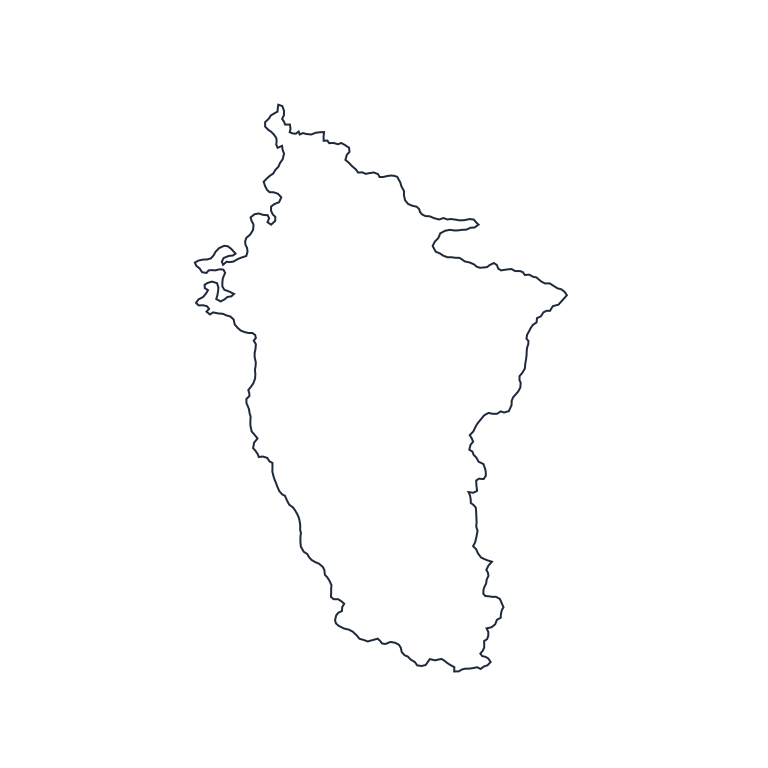 the district of Bom Retiro, Santa Catarina, Brazil, rotated 48°
{"feature_id": "56859067B90842299420584", "entity_name": "Bom Retiro", "entity_type": "district", "adm_level": 2, "iso_a3": "BRA", "parent_name": "Brazil", "parent_adm1": "Santa Catarina", "projection": "mercator", "projection_center": [-49.588, -27.777], "detail": "fine", "context": "isolated", "style": "outline", "palette": "slate", "viewbox_px": 768, "rotation_deg": 48, "n_neighbors": 0, "source": "geoboundaries", "source_scale": "gbopen_adm2", "svg_char_len": 6165}
<svg xmlns="http://www.w3.org/2000/svg" viewBox="0 0 768 768"><g transform="rotate(48 384 384)"><path d="M440.4,188.7L436.4,188.1L432.2,188.9L429.1,191.0L425.0,192.2L420.1,193.5L417.1,197.0L413.6,198.4L410.1,199.0L406.8,199.4L404.0,201.5L399.8,203.0L397.2,206.4L393.7,206.0L391.0,207.4L387.8,211.0L383.9,212.3L380.8,216.5L377.9,221.0L374.7,221.9L371.1,220.5L367.6,221.4L366.3,225.9L366.1,229.2L363.7,232.5L361.7,235.0L358.9,236.6L355.2,237.1L350.9,239.1L346.9,242.0L343.8,242.6L340.5,243.7L338.0,246.5L335.3,248.7L332.3,252.0L328.3,254.1L324.3,255.1L320.4,257.0L317.5,256.4L314.0,255.5L312.2,251.0L311.9,246.0L309.7,241.4L310.9,236.3L313.4,232.0L317.3,228.7L319.6,225.9L321.3,223.3L324.4,219.5L325.8,215.1L328.3,212.0L328.8,207.1L325.2,207.4L322.0,207.2L318.8,209.9L315.9,214.8L313.1,218.2L309.6,221.0L306.0,224.0L304.2,226.8L300.5,228.7L298.6,233.0L294.3,235.8L290.0,237.8L286.9,240.9L283.2,242.3L280.3,242.1L277.5,240.8L274.1,241.1L270.3,243.8L266.4,245.6L261.6,245.4L257.4,243.1L253.9,240.0L248.8,238.8L245.1,237.0L242.0,236.3L238.9,235.5L235.8,237.4L233.6,239.5L231.7,242.3L229.5,246.3L227.2,248.8L224.1,248.0L220.0,250.0L217.3,254.1L215.6,257.0L212.2,258.5L209.5,261.8L205.6,261.3L200.6,262.0L195.8,262.1L191.6,262.7L188.8,258.3L188.4,254.3L185.1,251.9L180.3,253.1L176.3,254.5L175.0,257.8L171.1,260.2L168.3,263.6L165.2,263.2L162.9,266.1L159.5,263.2L156.7,260.0L154.0,263.2L151.5,266.8L150.0,271.0L146.2,274.5L143.3,276.3L142.2,279.7L139.3,278.5L139.0,282.0L136.6,284.3L133.8,285.6L131.9,282.8L128.2,280.3L125.1,283.9L122.3,282.8L118.8,282.3L117.4,278.7L114.3,275.6L109.4,273.6L105.7,275.7L108.1,278.5L110.3,280.9L109.5,284.4L108.7,288.3L109.7,291.7L109.9,297.2L113.2,300.1L118.0,299.9L120.9,299.1L124.5,298.9L129.1,299.4L131.9,301.5L134.0,303.9L137.3,305.0L138.8,300.4L142.2,302.7L145.9,304.1L149.2,309.0L150.3,313.7L151.9,317.0L152.2,321.4L153.5,325.7L152.9,329.1L152.9,333.9L153.2,338.1L157.2,339.9L161.4,341.0L164.9,340.7L167.6,337.8L171.7,335.5L176.5,335.4L178.7,340.3L176.9,345.2L176.6,349.2L179.6,352.0L183.6,353.2L187.0,352.9L190.0,355.7L190.0,361.3L185.8,362.3L184.0,358.5L180.7,357.5L177.4,360.7L173.4,363.0L171.2,366.7L170.9,371.7L174.3,373.3L178.1,374.2L181.9,378.2L183.4,383.4L183.3,388.6L185.1,391.8L187.6,393.7L191.2,394.7L194.4,396.9L196.7,400.7L194.8,405.0L193.4,408.7L192.3,413.9L190.2,417.1L187.8,419.1L187.7,423.8L184.5,422.6L183.1,418.8L184.9,413.8L187.4,410.3L187.8,407.1L184.8,407.1L181.4,407.1L177.1,407.9L174.3,410.4L172.7,415.5L173.0,420.7L174.4,424.6L174.8,428.6L173.0,432.3L170.3,435.4L168.1,439.4L167.2,443.3L170.6,444.4L174.8,443.7L179.2,444.4L182.7,441.6L182.2,438.3L184.3,435.6L186.7,433.3L188.8,429.3L191.6,426.8L195.1,427.7L197.6,433.1L200.5,436.3L203.4,438.9L207.2,439.6L211.4,437.3L216.7,435.2L216.7,438.8L214.6,442.0L214.4,446.0L213.3,450.2L208.6,451.8L206.4,448.2L204.1,445.3L201.5,442.5L197.3,440.6L192.7,443.4L190.8,447.6L190.2,450.9L192.8,453.0L196.5,452.0L197.6,455.4L198.3,460.1L197.0,465.4L197.9,469.4L201.5,469.2L204.4,465.8L207.7,463.5L211.1,463.7L211.5,467.5L215.9,466.8L216.4,463.1L220.5,460.1L224.0,456.8L227.7,455.1L231.1,453.0L235.5,452.6L239.9,455.1L244.2,455.2L248.5,454.7L252.2,452.8L255.3,450.7L258.0,447.7L261.3,446.9L264.1,448.5L264.6,451.8L268.7,452.6L272.1,456.2L274.2,459.2L277.4,462.1L282.3,464.9L284.8,467.5L287.2,470.5L290.6,473.0L293.7,476.2L296.1,480.7L297.2,485.6L297.7,488.9L300.6,490.2L302.9,492.1L303.0,496.2L306.0,498.9L312.2,501.1L315.7,503.4L319.0,504.9L321.8,507.8L325.2,510.9L330.7,514.1L335.9,514.2L339.8,514.4L340.7,519.8L344.1,524.2L347.3,524.2L351.4,524.7L354.5,525.9L356.8,522.6L360.8,520.2L364.8,520.9L368.0,519.7L371.6,522.9L374.4,525.6L378.5,527.8L381.8,529.3L384.8,530.3L388.7,531.9L393.6,533.5L398.0,533.5L400.8,532.4L405.5,534.0L410.3,535.2L414.7,534.2L418.2,534.6L422.5,535.5L426.5,536.8L430.2,538.9L433.3,541.1L436.4,544.0L439.0,545.3L441.9,548.6L445.7,552.0L449.2,554.6L454.9,555.9L459.0,554.8L462.7,555.6L466.2,555.6L470.0,554.4L474.3,552.5L479.0,551.9L482.2,552.7L486.2,555.6L489.7,555.5L494.2,556.3L498.4,557.7L500.7,560.2L503.5,562.7L506.7,565.9L510.3,565.4L513.2,562.1L517.2,561.0L520.7,560.6L521.8,564.3L524.6,567.2L523.4,571.0L524.0,574.4L526.8,578.5L529.8,579.9L533.4,579.5L538.8,577.4L543.0,574.5L547.3,572.9L552.7,572.5L556.9,572.7L560.4,570.5L564.4,568.4L566.8,563.6L569.0,559.1L572.4,558.8L575.4,559.1L578.1,557.0L580.0,551.8L583.8,548.8L587.8,547.4L591.2,548.0L595.1,550.2L599.4,550.2L602.4,548.7L606.5,548.6L611.3,547.1L615.3,547.6L618.7,544.8L620.7,541.1L619.1,534.0L623.5,531.0L625.3,527.7L627.0,525.1L630.3,524.2L633.7,523.7L637.5,522.6L641.5,521.2L644.6,524.2L647.6,520.7L648.2,517.4L649.7,514.4L652.4,511.3L654.8,507.8L656.8,504.3L660.4,502.9L660.8,498.7L662.3,495.2L661.9,490.7L657.5,490.2L654.6,491.2L651.9,493.1L648.8,492.8L648.3,489.1L647.0,486.0L644.6,483.8L642.0,481.6L642.6,478.1L640.9,475.0L638.1,472.4L634.2,471.3L636.7,466.9L637.0,462.2L634.8,457.9L635.8,453.7L633.1,450.9L630.8,447.6L629.9,444.6L625.7,443.2L621.3,441.7L617.0,443.2L615.0,445.6L612.1,448.0L609.3,450.6L606.2,450.5L603.3,447.5L601.8,444.8L600.7,441.7L598.0,438.5L596.5,434.8L593.9,433.1L590.6,432.3L588.8,427.8L588.3,422.7L584.7,424.9L581.0,426.7L577.8,428.0L572.7,427.5L568.4,426.1L564.1,426.3L562.6,422.1L559.3,417.4L555.8,412.8L551.6,410.8L548.7,407.7L545.3,404.9L540.7,401.1L537.3,398.5L534.2,398.4L530.5,399.1L527.9,396.9L524.5,394.7L520.9,393.5L524.6,390.4L525.7,386.3L521.5,383.4L517.4,380.1L517.9,376.8L521.3,373.6L520.3,369.7L517.4,367.2L514.9,365.7L510.0,363.7L505.0,365.7L500.4,364.6L496.6,364.8L493.4,363.5L489.9,364.6L487.1,360.4L486.5,356.4L483.6,355.3L479.4,354.5L479.0,349.2L477.0,344.5L475.9,341.0L475.2,336.4L474.3,330.6L475.4,325.7L479.0,323.1L481.7,320.0L482.5,315.5L485.5,313.9L487.7,309.4L485.1,303.4L481.9,300.3L480.3,297.0L479.9,293.5L479.4,289.5L477.9,285.1L474.5,281.6L471.7,280.7L468.8,277.9L468.3,273.9L466.8,269.1L463.2,265.1L460.2,261.3L457.7,258.5L455.5,256.4L452.9,253.6L450.9,250.1L448.7,247.9L445.6,247.8L443.1,244.6L441.9,240.9L440.6,237.6L439.7,233.9L440.3,229.4L437.4,226.2L438.7,222.1L437.4,217.6L438.4,214.2L440.7,211.7L439.1,206.4L441.8,201.3L441.3,197.0L440.9,192.9L440.4,188.7Z" fill="none" stroke="#1e293b" stroke-width="2"/></g></svg>